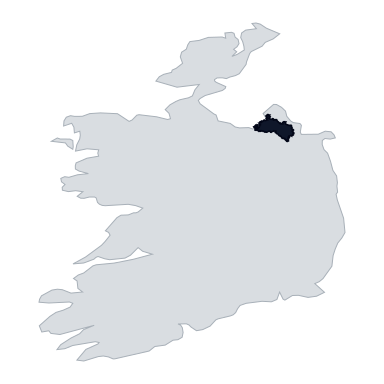 Ballybay-Clones Lea-5, Monaghan, Ireland (highlighted)
{"feature_id": "5873133B63636578816304", "entity_name": "Ballybay-Clones Lea-5", "entity_type": "district", "adm_level": 2, "iso_a3": "IRL", "parent_name": "Ireland", "parent_adm1": "Monaghan", "projection": "equal_earth", "projection_center": [-7.062, 54.133], "detail": "fine", "context": "in_parent", "style": "filled", "palette": "ink", "viewbox_px": 384, "rotation_deg": 0, "n_neighbors": 0, "source": "geoboundaries", "source_scale": "gbopen_adm2", "svg_char_len": 8954}
<svg xmlns="http://www.w3.org/2000/svg" viewBox="0 0 384 384"><path d="M262.1,46.2L251.2,51.6L249.6,53.7L246.5,62.0L246.1,64.4L239.3,73.7L235.4,75.6L229.7,77.1L226.4,78.6L222.3,77.8L217.1,77.9L214.5,79.6L214.6,80.9L216.2,82.3L225.8,86.6L225.2,88.4L222.5,90.4L205.2,95.5L200.1,98.5L198.3,100.5L200.1,103.8L213.8,113.9L216.1,115.0L218.1,120.9L230.2,123.4L235.2,127.0L239.5,127.9L248.8,127.6L252.6,129.0L254.7,127.9L255.9,126.0L266.4,118.8L263.1,113.5L273.6,104.4L276.5,104.5L281.5,107.3L285.5,111.1L286.8,116.3L290.7,121.0L293.2,122.6L299.9,123.5L301.4,125.3L300.3,132.1L301.3,134.4L318.3,134.2L325.2,131.2L331.1,131.8L334.0,134.8L335.3,137.9L330.2,139.1L324.9,138.5L322.3,140.5L322.2,144.5L324.0,149.6L327.6,153.2L330.5,161.3L332.9,170.4L336.6,175.9L337.4,182.7L336.9,186.1L337.6,192.1L336.1,194.2L337.3,199.9L343.6,218.2L345.0,232.5L341.9,237.9L337.8,243.0L335.2,249.1L333.1,255.6L331.9,266.2L323.0,278.6L319.2,281.7L314.8,283.6L324.5,292.3L316.6,296.2L308.0,297.4L298.4,295.3L292.4,295.5L284.9,300.1L283.1,299.2L279.6,292.1L276.9,299.5L271.4,301.8L262.0,301.3L246.2,303.3L240.1,305.4L237.6,308.7L235.7,312.5L233.2,314.8L230.4,315.9L218.2,318.8L215.8,319.9L210.1,326.1L202.7,329.6L196.5,330.7L191.1,327.1L188.9,324.9L186.3,323.8L178.0,324.0L180.6,325.1L182.3,327.7L183.1,332.5L182.1,337.3L177.9,339.7L173.0,340.2L165.2,345.1L154.8,346.5L149.2,351.0L115.0,358.8L113.1,358.9L108.4,356.9L103.3,356.0L98.2,356.6L83.8,361.0L76.9,360.1L85.9,349.4L97.9,344.0L99.1,342.5L95.3,341.7L72.7,345.5L64.8,348.7L57.0,349.6L60.7,344.7L70.9,338.1L79.7,333.7L83.5,329.7L94.2,325.3L59.9,334.5L50.9,333.4L48.8,330.8L41.8,332.0L39.3,325.8L49.9,316.4L56.0,312.4L63.2,310.2L70.1,307.1L72.8,303.3L69.5,302.0L48.9,303.0L39.0,302.2L39.6,299.2L41.5,295.8L51.9,290.1L57.4,289.2L62.3,289.7L71.0,293.1L82.6,292.0L77.9,288.4L77.1,281.0L73.5,278.5L78.3,275.0L83.7,273.0L92.9,265.9L96.1,264.8L114.0,263.1L133.3,259.3L152.4,254.2L142.7,251.3L138.1,247.6L130.5,255.2L125.0,258.1L109.7,259.7L104.8,258.8L98.0,256.5L95.9,257.4L93.9,259.2L83.7,263.0L73.0,263.9L85.6,257.0L101.5,245.3L105.0,241.6L110.1,235.2L108.6,232.4L105.4,230.8L117.0,217.6L121.0,215.2L128.3,214.9L133.6,212.8L136.0,212.8L138.1,212.0L142.8,208.1L135.6,205.6L128.2,204.3L105.2,205.7L102.2,205.4L99.4,204.2L97.5,202.4L96.2,198.0L94.6,197.0L89.4,197.0L84.2,198.3L80.7,198.2L77.2,196.3L82.9,191.7L75.7,190.7L68.4,191.6L62.4,190.2L62.2,187.3L65.0,184.5L61.5,181.8L60.8,178.4L64.7,176.7L68.9,177.3L77.5,174.8L88.4,173.6L79.1,171.1L75.4,169.0L75.3,165.7L76.1,162.9L87.0,158.2L98.6,156.2L97.8,153.1L98.7,149.8L87.0,148.8L75.5,151.1L76.8,144.8L79.7,139.0L80.3,135.2L79.8,131.2L74.4,132.9L73.9,127.2L71.7,123.3L63.6,126.0L64.0,120.9L66.3,117.2L70.5,115.7L74.7,116.4L82.3,116.3L89.8,113.6L100.5,112.9L117.5,113.7L129.1,121.4L132.1,120.0L136.8,115.2L139.0,114.7L156.6,116.8L167.6,119.5L170.5,118.7L169.0,113.3L165.2,109.6L170.0,104.8L175.8,101.5L179.7,99.8L188.5,97.8L192.4,95.9L195.0,89.7L199.2,84.5L177.0,87.2L155.9,81.1L159.3,76.7L163.8,74.3L171.5,72.4L172.2,70.1L176.2,68.3L182.6,63.3L180.3,56.9L181.6,52.2L186.3,49.2L187.8,44.8L189.9,41.6L199.2,40.4L208.3,37.4L222.1,37.0L225.7,38.2L224.9,33.0L231.5,32.3L234.0,33.3L235.1,37.1L238.1,39.5L239.0,43.6L237.0,46.8L233.6,49.3L236.7,51.8L231.9,56.4L237.0,54.5L244.3,50.0L243.9,46.3L242.7,41.7L240.7,37.6L241.6,33.0L245.7,30.1L256.4,28.7L252.0,23.5L256.0,23.0L260.2,24.1L266.4,28.2L279.7,33.8L273.2,38.9L265.2,42.4L262.1,46.2ZM73.2,146.9L72.8,149.3L67.8,146.2L65.4,142.9L51.4,141.3L57.3,138.0L60.1,139.0L70.0,139.1L72.8,140.5L73.2,146.9Z" fill="#d9dde1" stroke="#a8b0b8" stroke-width="1"/><path d="M291.6,126.1L291.3,125.9L291.4,125.7L291.1,125.4L291.1,125.2L290.9,125.1L290.6,125.3L290.3,125.4L289.9,125.5L289.7,125.5L289.5,125.3L289.3,125.3L289.1,125.2L288.6,125.1L288.6,125.4L288.3,125.4L288.2,125.4L287.6,124.8L287.2,124.9L286.9,124.6L286.7,124.6L286.1,124.3L285.5,124.2L285.4,123.9L285.6,123.7L285.5,123.4L285.7,123.1L285.6,122.8L285.6,122.5L285.7,122.3L285.2,122.5L285.0,122.2L285.2,121.9L285.1,121.7L284.4,121.7L284.0,121.6L283.5,121.8L283.3,122.2L282.8,122.3L282.5,122.5L282.6,122.8L282.6,123.0L283.0,123.1L283.1,123.4L283.0,123.6L283.1,123.9L282.5,124.0L282.0,123.7L281.9,123.7L281.8,123.8L281.2,123.6L281.1,123.9L280.2,123.9L280.1,123.7L280.3,123.5L280.2,123.0L279.6,123.3L279.3,123.1L279.3,122.8L279.2,122.6L278.6,122.2L278.5,121.9L278.2,121.7L277.8,121.8L277.7,121.7L277.7,121.4L277.6,121.2L277.2,121.0L277.1,120.6L277.1,120.4L276.5,120.2L276.4,120.0L276.6,120.0L276.7,119.8L276.6,119.6L276.1,119.7L275.7,119.6L275.3,119.6L275.5,119.9L275.5,120.0L274.4,120.2L274.1,120.0L273.8,120.1L273.8,119.8L273.8,119.7L273.4,119.6L273.5,119.2L273.2,118.7L272.4,118.6L272.3,118.9L272.4,119.1L272.7,119.2L272.3,119.4L272.2,119.2L271.5,119.2L271.1,119.4L270.8,119.3L270.7,119.2L270.0,119.3L269.7,119.0L269.8,118.8L269.1,118.5L269.7,118.0L269.7,117.8L270.0,117.5L270.0,117.3L269.7,117.1L269.4,117.3L269.2,117.1L269.0,116.8L269.2,116.5L269.7,116.6L270.1,116.4L269.9,116.2L269.4,115.9L269.0,115.6L269.4,115.3L269.7,115.0L268.9,114.9L268.5,114.7L268.2,114.5L267.6,114.5L267.2,114.8L267.5,115.1L267.4,115.1L267.4,115.3L267.5,115.6L266.9,115.7L266.4,115.6L266.0,115.9L266.2,116.1L266.1,116.3L266.6,116.5L266.5,116.8L266.6,117.1L267.2,117.4L267.3,117.5L267.2,117.8L266.6,118.0L266.2,118.3L267.0,118.8L267.0,119.0L266.8,119.3L266.7,119.5L267.0,119.6L266.9,120.0L267.1,120.1L266.7,120.2L266.5,120.4L266.3,120.4L265.3,120.7L264.9,120.6L264.7,120.4L264.3,120.5L264.4,120.1L264.1,120.1L263.9,120.1L263.6,120.5L263.4,120.9L262.7,121.1L262.3,121.1L261.8,120.9L261.0,121.3L260.9,121.5L261.1,121.6L260.6,121.6L260.0,121.8L259.9,121.9L260.0,122.0L259.8,122.3L260.3,122.2L260.5,122.3L261.0,122.4L260.8,122.5L260.8,122.8L260.2,122.8L260.1,122.7L259.8,122.7L259.2,122.9L259.4,123.0L259.3,123.4L259.2,123.6L259.4,123.8L259.3,124.2L259.4,124.3L259.6,124.2L259.7,124.5L260.3,124.6L260.5,124.7L260.5,124.8L260.2,124.8L259.6,125.1L259.3,125.3L259.2,125.4L259.3,125.7L259.6,125.8L259.7,126.0L259.3,126.2L259.2,126.3L259.2,126.6L259.4,126.7L259.0,126.7L258.9,126.9L258.9,127.1L259.0,127.3L258.9,127.3L258.9,127.6L258.5,127.8L257.9,128.3L257.8,128.5L257.9,128.8L257.7,128.9L256.9,129.2L256.5,129.0L256.1,128.8L256.2,128.5L255.8,128.0L256.5,127.9L256.6,128.1L256.8,128.1L257.4,127.7L257.5,127.4L256.3,127.0L256.5,126.6L257.1,126.6L257.5,126.2L257.4,125.8L257.8,125.0L257.0,124.6L256.9,124.8L256.4,125.1L255.7,125.0L255.6,125.3L255.4,125.3L255.1,125.6L255.1,125.9L254.8,126.1L254.6,126.4L253.6,126.8L253.7,127.0L254.1,127.1L254.3,127.3L254.2,127.4L254.5,127.8L254.8,127.5L255.1,127.6L255.1,127.8L255.5,128.1L255.3,128.5L256.0,128.8L256.0,129.1L255.8,129.3L255.4,129.4L255.4,129.5L255.0,129.6L254.9,129.7L254.9,130.1L255.4,130.3L255.9,130.0L256.3,130.3L256.8,130.1L257.2,130.2L257.7,130.6L258.2,130.7L258.4,131.0L258.9,131.4L259.2,131.1L259.8,131.2L260.1,131.4L260.6,131.3L260.3,130.9L260.0,130.8L259.9,130.6L260.0,130.6L260.4,130.6L261.0,131.1L261.7,130.6L262.0,130.7L262.0,131.0L262.6,131.1L263.1,131.5L263.6,131.1L263.8,131.3L264.4,131.6L264.6,132.0L264.9,131.8L265.6,131.7L265.8,131.9L265.8,132.2L266.0,132.2L266.7,132.3L267.8,131.8L267.9,131.5L268.4,131.3L268.9,131.2L270.1,131.3L270.3,131.7L270.6,131.7L270.8,131.9L270.7,132.3L271.1,132.4L271.5,132.1L271.7,131.8L272.0,131.8L272.4,131.5L273.4,131.3L273.6,131.2L273.6,130.8L273.7,130.7L274.0,130.7L274.1,130.8L274.3,130.9L274.6,131.1L274.9,131.1L275.3,131.0L275.5,130.9L275.9,130.9L276.0,131.1L276.0,131.3L275.5,131.6L275.3,131.8L275.1,131.8L275.1,132.2L275.3,132.6L275.5,132.7L276.2,132.7L276.3,132.8L276.2,133.0L276.5,133.1L276.9,133.8L278.0,134.1L278.3,134.7L278.4,134.8L278.6,135.1L278.8,135.3L279.3,135.5L279.4,135.9L279.7,136.0L280.1,135.7L280.3,135.8L280.3,136.0L280.5,136.1L280.6,136.3L281.0,136.3L281.2,136.5L281.4,136.9L281.3,137.0L281.6,137.3L281.6,137.8L282.2,138.2L282.3,138.4L282.5,138.3L282.5,138.1L283.0,138.0L283.3,138.1L283.5,138.4L283.9,138.7L284.2,138.3L284.8,138.4L284.8,138.6L284.7,138.7L284.6,139.1L285.7,139.6L285.3,139.8L285.4,140.0L286.3,140.3L286.5,140.4L286.5,140.6L286.3,140.8L286.6,141.1L286.6,141.3L286.8,141.4L287.0,141.3L287.4,141.5L287.6,141.4L287.6,141.0L288.0,141.1L288.5,141.0L288.5,140.7L288.0,140.6L288.1,140.3L288.5,139.8L288.3,139.5L288.0,139.2L287.9,138.9L288.0,138.8L287.8,138.5L287.8,138.1L288.4,138.0L289.0,138.1L289.1,137.7L289.3,137.5L289.2,137.3L289.2,137.1L288.8,136.7L288.5,136.6L288.9,135.9L289.8,136.3L289.9,136.0L289.8,135.8L290.0,135.7L290.6,135.6L291.2,135.7L291.6,136.0L291.6,135.7L291.8,135.5L292.2,135.6L292.5,135.5L293.0,135.2L292.8,135.0L293.0,134.7L292.8,134.5L293.2,134.4L293.5,134.0L293.8,133.8L293.1,133.2L293.3,133.1L293.7,132.7L292.6,131.8L292.7,131.5L292.3,131.2L292.7,131.1L293.0,131.2L293.0,130.8L292.9,130.7L293.0,130.4L292.6,129.9L293.4,130.2L293.6,130.0L293.4,129.7L293.0,129.4L292.2,129.3L291.6,129.0L291.5,128.8L292.1,128.7L292.0,128.2L291.7,128.2L291.8,127.9L292.0,127.5L291.6,127.3L291.5,127.1L291.6,126.8L291.4,126.5L291.6,126.1Z" fill="#0f172a" stroke="#020617" stroke-width="1.5"/></svg>